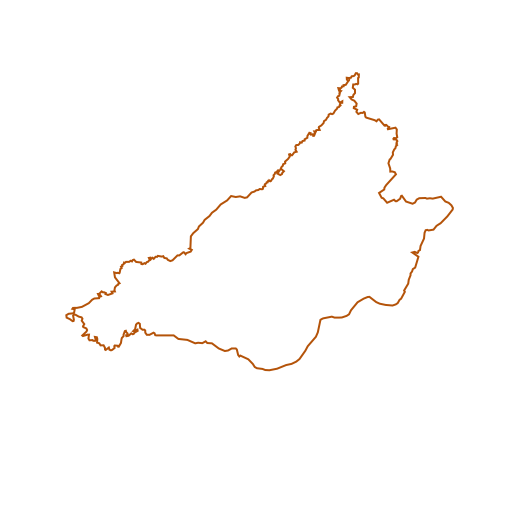 Mbinga, Ruvuma, United Republic of Tanzania, rotated 241°
{"feature_id": "72390352B96762734199587", "entity_name": "Mbinga", "entity_type": "district", "adm_level": 2, "iso_a3": "TZA", "parent_name": "United Republic of Tanzania", "parent_adm1": "Ruvuma", "projection": "orthographic", "projection_center": [35.084, -10.703], "detail": "fine", "context": "isolated", "style": "outline", "palette": "amber", "viewbox_px": 512, "rotation_deg": 241, "n_neighbors": 0, "source": "geoboundaries", "source_scale": "gbopen_adm2", "svg_char_len": 6099}
<svg xmlns="http://www.w3.org/2000/svg" viewBox="0 0 512 512"><g transform="rotate(241 256 256)"><path d="M188.0,182.7L186.9,185.7L186.9,190.0L184.9,193.5L183.5,193.9L178.1,192.4L176.2,192.7L176.5,194.0L169.4,199.2L163.1,200.9L159.5,201.1L157.4,202.4L154.1,206.9L151.8,208.8L149.6,212.3L147.2,219.8L146.0,229.5L144.4,234.8L144.1,240.0L144.8,244.1L149.2,253.2L152.0,257.5L156.3,269.2L159.2,273.0L168.9,281.4L169.0,282.5L168.9,284.5L166.2,292.9L164.1,294.8L162.0,298.5L160.6,301.3L159.7,306.2L159.9,309.1L162.5,312.8L166.3,322.4L166.5,329.5L166.0,333.7L165.3,335.4L157.4,338.8L154.3,341.1L150.4,345.6L146.5,351.4L145.9,354.8L146.1,357.1L148.1,360.4L148.3,362.2L151.8,367.7L152.5,368.8L154.0,368.8L158.0,375.7L161.2,378.1L164.2,381.8L165.8,382.7L166.8,385.0L168.5,386.8L168.7,389.6L176.6,397.7L183.3,394.4L182.7,396.8L180.4,398.5L180.5,399.4L181.7,400.6L181.7,402.3L185.0,404.8L189.8,411.4L194.6,414.7L196.3,416.9L195.8,418.5L194.7,419.3L193.0,424.0L194.9,428.6L195.2,433.5L197.9,442.6L201.3,450.5L202.5,451.5L205.6,451.5L209.1,450.3L211.9,448.0L218.1,446.6L220.5,438.4L222.2,436.1L223.3,433.3L224.6,432.3L227.4,426.8L227.4,423.9L225.7,421.0L225.8,418.3L230.9,413.6L238.0,412.8L238.1,412.0L236.2,409.8L235.7,405.6L236.3,404.6L238.3,404.0L239.0,396.5L244.7,395.3L246.0,394.1L251.5,394.2L252.0,400.4L253.5,401.5L254.9,404.2L259.6,418.0L262.0,418.0L263.9,416.1L264.7,414.4L267.5,415.8L272.9,416.8L275.6,419.7L275.7,420.7L278.1,424.9L280.3,425.9L282.2,428.6L282.7,430.2L284.2,431.5L284.6,433.2L285.9,433.0L286.3,433.9L287.3,434.1L287.9,435.3L288.7,435.4L290.2,434.8L291.3,432.9L291.9,433.0L292.3,433.9L291.2,435.4L291.4,437.1L294.9,438.3L298.4,440.5L300.6,440.2L302.9,432.9L303.4,433.0L303.5,434.5L304.2,435.0L304.7,434.3L307.5,433.5L308.0,432.5L307.4,432.0L307.7,431.6L315.8,429.9L316.2,428.7L315.4,426.7L317.2,425.7L323.6,419.5L324.8,419.2L328.8,420.7L329.7,420.3L329.4,418.7L330.4,417.1L330.6,414.3L333.4,413.7L334.9,415.4L337.9,413.2L339.0,414.0L338.4,416.2L340.5,417.9L344.1,417.3L346.6,415.5L349.5,414.9L348.1,417.8L349.7,419.3L350.5,421.6L353.5,423.2L356.2,422.2L358.9,424.2L358.1,425.6L358.0,427.0L357.0,428.0L357.2,428.9L362.2,431.6L362.3,432.4L364.9,434.0L365.3,433.1L366.9,433.0L367.5,431.9L366.2,430.0L366.0,428.7L366.8,426.8L365.9,425.5L366.4,424.1L365.6,423.4L366.8,423.3L367.9,421.8L366.2,421.0L364.3,421.6L362.2,417.5L363.0,415.4L362.0,414.9L362.6,413.3L361.9,412.7L361.6,411.3L362.9,409.4L360.8,408.9L361.0,410.1L360.0,409.4L359.1,410.3L358.3,408.0L358.6,407.5L357.6,408.1L355.8,406.5L356.0,405.2L355.2,403.7L353.5,404.0L352.4,403.3L349.5,403.7L349.5,406.5L348.2,405.7L348.9,404.3L347.9,402.9L345.9,403.0L347.3,402.4L346.1,400.9L346.5,399.2L345.6,398.4L344.8,395.6L343.1,392.8L343.2,391.3L344.4,390.3L344.4,388.1L342.9,387.0L342.4,385.1L341.2,383.3L341.0,380.9L339.5,379.5L338.5,376.4L338.4,373.7L337.8,373.1L335.4,372.8L336.7,370.2L336.7,369.4L335.8,368.8L336.7,367.4L334.7,367.2L333.0,365.1L333.3,364.3L334.9,364.8L335.5,362.8L336.3,362.6L337.0,363.3L337.9,362.4L336.1,359.2L334.5,358.2L334.5,355.2L333.4,354.5L334.0,352.4L333.0,350.9L334.1,349.7L333.3,349.0L332.6,346.9L333.5,345.0L332.7,343.5L330.9,343.2L329.8,342.0L327.5,342.1L328.1,339.7L326.6,336.4L327.1,335.5L328.6,335.3L328.8,334.2L326.6,333.7L325.3,331.0L324.5,327.2L322.9,326.5L323.1,324.2L321.9,323.2L321.5,321.5L320.4,320.0L316.6,321.5L315.9,319.2L315.1,318.5L315.0,316.5L317.7,314.7L319.5,318.3L320.3,316.6L319.5,315.0L319.7,313.2L318.6,312.1L318.1,310.5L317.0,310.2L315.5,308.2L315.4,307.1L314.4,305.6L314.4,304.8L315.8,304.2L315.3,303.6L315.8,303.0L314.8,301.9L315.3,301.1L314.5,300.2L314.5,298.7L314.0,298.1L312.7,298.0L313.1,295.8L311.4,294.6L311.4,293.7L312.8,291.7L312.6,290.0L313.4,287.8L313.1,286.0L313.7,282.9L311.6,276.6L312.3,274.3L315.9,271.0L317.4,266.9L320.5,263.3L318.6,257.7L318.2,250.1L315.8,243.7L315.2,238.5L313.5,234.7L312.5,228.6L310.8,225.8L309.5,220.4L307.7,218.2L306.4,212.2L304.8,208.6L294.8,202.5L294.8,201.2L292.5,202.8L291.5,201.0L292.3,196.4L291.7,195.3L294.3,194.7L294.5,194.1L293.7,189.2L294.6,187.6L292.7,180.9L293.1,178.6L295.4,177.0L297.2,176.8L298.7,174.9L300.8,174.8L301.1,173.4L303.7,170.2L303.2,169.1L304.0,167.8L303.1,165.2L304.6,164.7L304.3,163.0L305.7,163.0L306.2,161.4L303.8,161.3L303.9,160.1L303.3,158.9L303.6,157.5L302.8,155.6L303.8,155.0L303.8,152.8L304.5,151.9L305.9,152.5L308.9,148.3L312.0,147.5L312.2,146.1L311.4,144.9L312.6,144.0L312.4,142.2L313.9,139.5L313.5,137.9L314.2,137.4L313.0,136.2L313.0,134.5L312.0,134.2L312.1,132.8L310.6,132.7L310.4,131.1L307.4,128.6L307.2,128.0L308.3,127.0L308.5,126.0L310.4,124.0L305.7,122.3L298.3,123.4L298.4,122.1L297.7,121.4L297.8,119.8L296.9,117.4L294.7,115.6L293.4,115.4L294.8,112.4L292.9,112.3L293.7,107.6L295.7,105.9L296.4,106.7L298.0,105.5L298.3,104.6L299.9,103.8L298.9,100.5L299.4,99.4L298.1,99.3L297.2,100.8L295.9,100.9L296.2,98.9L295.2,98.3L297.2,94.0L297.2,91.5L295.8,86.9L295.9,79.1L297.4,74.4L299.3,70.8L298.8,69.8L297.3,71.6L294.6,69.4L294.6,68.1L296.3,64.1L296.2,61.4L293.9,60.5L291.0,62.6L287.9,64.0L287.6,64.9L288.5,65.8L292.5,67.1L292.9,68.4L292.2,69.6L288.9,71.6L286.9,73.7L285.3,73.8L283.9,72.2L279.7,72.8L278.4,70.6L277.5,70.5L274.9,72.5L273.1,72.4L272.1,71.1L270.7,65.5L269.9,65.8L268.9,70.5L268.2,71.8L265.0,69.4L263.0,69.5L261.7,72.3L260.8,72.5L259.8,74.1L260.5,75.2L263.3,75.9L262.1,77.4L260.4,77.0L257.3,75.0L255.6,76.6L253.2,76.7L251.8,79.4L249.0,79.4L247.4,78.6L246.7,79.0L247.3,82.9L245.1,82.4L243.8,83.4L243.6,84.7L244.1,87.7L245.9,88.4L246.2,89.1L244.5,91.6L243.6,91.4L243.2,92.0L245.4,95.7L248.5,98.1L249.4,99.0L250.1,101.3L251.4,102.0L253.9,104.9L253.7,105.9L252.3,105.6L250.5,106.1L249.3,105.6L249.6,104.0L248.7,103.8L248.0,105.9L248.8,109.4L247.3,110.3L247.2,111.4L247.9,112.7L247.9,116.2L249.1,116.6L249.3,112.7L249.8,112.2L250.6,114.8L254.1,117.8L254.6,119.1L254.5,120.8L253.0,121.5L249.3,119.8L246.5,121.0L245.7,122.6L244.6,123.0L242.6,122.0L240.0,122.3L238.7,124.6L238.6,129.2L237.6,129.8L235.6,129.5L234.9,130.3L226.5,145.5L221.1,147.9L215.9,155.3L209.1,160.5L208.2,163.3L205.8,166.8L205.8,170.6L203.5,171.2L201.0,175.1L193.2,178.6L188.0,182.7Z" fill="none" stroke="#b45309" stroke-width="2"/></g></svg>